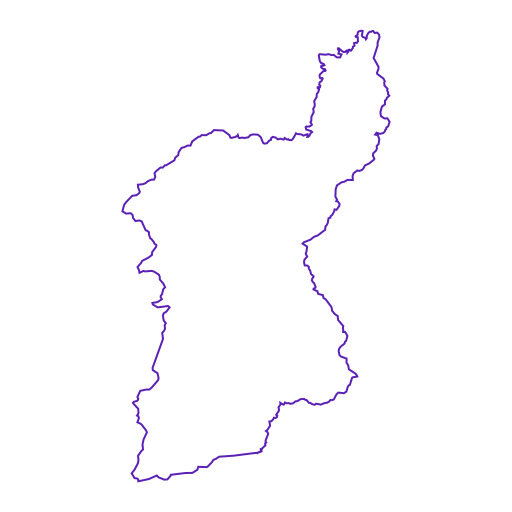 the district of Ngoc Hoi, Kon Tum, Vietnam
{"feature_id": "81297802B1803091954954", "entity_name": "Ngoc Hoi", "entity_type": "district", "adm_level": 2, "iso_a3": "VNM", "parent_name": "Vietnam", "parent_adm1": "Kon Tum", "projection": "mercator", "projection_center": [107.691, 14.739], "detail": "fine", "context": "isolated", "style": "outline", "palette": "violet", "viewbox_px": 512, "rotation_deg": 0, "n_neighbors": 0, "source": "geoboundaries", "source_scale": "gbopen_adm2", "svg_char_len": 6021}
<svg xmlns="http://www.w3.org/2000/svg" viewBox="0 0 512 512"><path d="M200.0,136.6L198.6,136.7L192.2,141.4L190.5,145.6L187.3,145.6L184.8,147.0L181.5,147.9L178.7,152.1L178.2,155.2L175.3,157.6L174.4,160.3L166.3,165.2L164.8,165.4L162.7,167.6L160.5,167.5L156.0,171.3L154.5,173.2L155.3,176.8L154.1,179.6L151.2,179.7L147.9,181.2L145.5,183.2L142.8,184.2L137.9,184.7L138.0,187.0L139.8,191.7L139.3,193.0L136.5,195.2L132.2,195.8L126.4,201.8L124.2,204.7L122.4,211.3L126.2,213.6L130.7,213.2L132.6,215.1L133.1,218.0L135.4,221.0L139.3,220.5L141.6,221.3L145.7,230.3L147.1,230.7L149.0,232.3L148.9,234.5L150.4,238.5L151.3,238.9L153.6,241.8L154.4,243.6L156.2,244.9L156.4,245.9L155.7,247.4L152.2,252.0L151.9,255.0L148.5,257.6L142.1,260.9L141.0,263.0L137.5,267.1L139.0,270.0L139.5,272.8L143.3,271.0L145.1,271.4L151.8,270.9L154.2,271.7L158.9,274.7L159.7,276.7L159.8,279.5L163.4,283.7L165.1,287.3L163.3,289.1L162.0,294.2L160.7,296.0L160.7,297.3L161.9,299.2L157.5,302.1L152.4,302.9L152.6,303.9L153.1,304.7L157.8,307.4L168.1,306.0L169.6,307.4L166.3,311.7L163.8,313.2L162.9,315.3L163.7,320.5L165.8,323.2L164.7,325.0L165.0,328.7L164.0,330.9L162.2,332.9L163.0,338.9L152.6,367.8L152.8,370.1L157.5,373.2L158.6,378.3L158.1,380.1L151.8,387.5L149.3,389.6L146.5,389.5L140.3,390.8L137.4,396.9L138.3,398.6L138.0,399.9L136.8,401.0L133.9,401.8L133.0,402.7L133.3,403.5L138.2,408.7L138.5,413.2L137.0,415.6L138.5,416.3L138.8,418.5L137.4,422.3L140.3,423.5L141.7,424.7L146.2,430.6L146.9,432.4L143.6,439.4L142.5,444.5L143.0,449.5L141.2,451.2L138.0,455.9L138.5,460.1L137.9,463.3L134.6,469.6L131.7,473.3L134.5,478.1L137.2,478.5L138.2,479.4L138.3,481.3L149.0,479.0L156.8,475.5L158.5,477.3L164.1,479.6L167.4,479.4L170.3,476.2L170.8,474.8L185.5,473.0L192.4,472.9L197.4,469.7L198.3,466.8L206.7,467.1L207.7,466.6L211.8,462.3L213.4,459.8L215.7,459.0L219.1,456.7L233.6,455.7L256.5,452.8L257.6,453.2L258.4,452.2L260.3,452.0L261.5,451.2L260.7,450.3L260.8,449.1L261.8,449.3L262.4,448.1L265.4,445.4L265.1,443.6L266.2,442.5L265.6,441.9L265.6,440.5L268.2,433.8L267.5,432.2L266.0,431.0L267.1,430.3L270.1,425.8L269.4,421.5L271.4,421.2L273.2,419.3L273.9,417.7L275.7,418.0L277.0,417.0L277.3,415.7L276.2,414.8L278.8,410.9L279.0,409.4L278.5,407.3L280.5,404.5L280.3,402.8L283.4,404.7L284.1,404.4L284.9,402.5L287.1,403.3L288.9,403.1L290.2,403.8L293.1,403.3L295.3,401.4L297.4,401.1L300.6,399.1L304.3,399.0L305.2,399.8L306.6,400.1L308.9,402.8L310.3,402.9L312.0,404.1L314.7,404.8L316.2,403.7L320.8,404.6L324.2,403.2L327.1,402.7L329.1,401.6L330.4,400.0L332.3,400.1L333.8,399.4L336.5,394.3L338.3,392.6L343.9,393.2L346.4,391.6L347.8,386.7L348.8,385.3L349.9,384.9L352.0,377.9L352.8,377.3L357.3,376.5L356.5,374.8L355.0,373.3L348.9,369.3L348.2,365.4L346.5,362.6L346.6,358.6L341.1,356.6L339.5,355.1L338.7,351.5L338.9,349.2L340.5,346.8L344.6,343.5L344.9,341.9L346.2,340.7L347.4,335.8L345.1,331.9L343.1,332.0L343.3,329.7L342.8,328.2L343.3,326.1L338.1,320.0L337.7,316.0L334.8,314.1L332.1,310.7L331.5,307.1L325.6,299.2L323.5,298.0L322.9,295.1L318.2,293.9L317.4,291.2L313.5,289.5L313.6,288.7L315.5,287.6L315.6,287.0L314.2,283.3L312.6,281.8L311.8,280.1L312.5,278.1L313.5,277.0L313.5,276.1L311.1,274.2L310.2,270.8L308.8,268.6L308.8,266.8L307.5,265.6L304.7,265.4L304.0,262.0L304.5,259.6L307.2,256.6L305.7,253.7L306.5,251.4L307.1,246.5L302.6,243.7L303.8,242.3L310.6,239.6L313.9,236.9L317.7,235.5L325.1,229.8L325.5,226.3L326.6,225.3L327.8,222.8L328.5,218.3L330.3,217.7L330.5,216.3L332.3,214.9L334.2,211.3L334.6,209.4L336.5,209.8L339.2,206.1L339.6,203.9L337.7,201.4L336.3,201.2L337.0,199.6L335.4,196.7L335.7,189.2L337.0,185.3L341.6,182.3L344.1,181.8L347.5,179.9L352.8,180.0L352.6,176.0L353.6,173.3L357.2,170.5L359.6,170.9L362.0,169.9L363.2,168.7L365.1,165.3L368.8,163.7L373.9,159.7L374.4,158.8L372.9,155.5L373.2,153.3L375.9,150.8L376.9,148.8L376.7,146.0L378.6,144.0L379.3,139.1L377.8,135.1L375.2,134.6L376.6,132.7L380.1,133.9L383.3,133.0L384.7,131.6L385.4,129.6L386.3,129.0L386.3,127.6L388.2,126.3L389.6,121.8L387.3,118.3L384.5,118.5L380.9,116.1L380.4,112.0L382.0,106.5L384.9,104.4L385.0,100.7L386.7,98.8L386.8,97.9L389.3,95.7L387.9,94.1L388.2,92.5L387.2,90.8L387.5,88.7L384.5,85.6L384.2,82.7L384.8,81.3L383.5,78.6L377.2,73.9L377.0,72.7L378.5,68.9L378.5,66.8L373.6,58.0L377.6,45.6L377.6,42.6L379.5,37.2L379.0,34.6L377.2,32.6L374.7,33.0L373.2,31.0L372.2,31.1L371.3,31.8L369.7,31.8L368.4,32.9L366.8,35.8L366.7,38.2L365.9,39.3L365.2,37.8L362.8,37.0L361.9,35.6L362.7,31.0L361.6,30.7L358.8,31.4L357.8,32.3L357.6,34.7L355.6,36.3L356.1,37.0L357.7,37.2L358.0,41.2L356.9,42.9L356.0,42.6L354.1,43.1L354.5,45.8L352.9,46.7L352.9,48.0L350.9,50.7L350.4,50.7L349.5,49.7L348.8,49.8L348.2,51.9L347.4,52.8L347.3,50.5L346.5,50.5L345.1,51.9L343.7,52.0L342.1,51.2L338.9,48.3L337.9,48.4L337.9,49.3L339.1,51.1L338.4,53.7L341.5,54.4L340.1,57.4L336.9,57.4L333.7,54.9L331.7,55.1L328.7,54.2L325.4,54.7L319.7,54.2L319.1,54.6L318.8,55.7L319.8,61.0L321.1,63.0L323.7,64.0L324.4,65.2L323.1,65.8L321.8,65.7L321.1,66.2L321.2,67.4L323.0,68.9L325.0,69.2L325.6,70.5L325.2,71.0L323.4,71.1L319.7,74.7L319.6,76.8L320.3,78.3L322.4,78.1L322.7,78.5L321.5,81.1L319.6,82.4L319.2,84.7L320.3,85.7L320.0,87.1L319.1,88.2L318.1,87.0L317.6,87.3L317.7,88.2L319.0,89.2L319.0,89.8L318.1,92.4L316.8,93.9L316.6,97.2L314.2,101.0L314.8,104.9L314.4,106.9L313.2,108.8L313.7,112.2L311.4,116.8L311.3,121.0L310.4,122.2L311.7,124.1L311.8,125.0L309.5,126.5L306.3,126.5L305.6,127.2L306.2,129.5L311.4,131.2L312.1,132.1L310.5,133.3L309.4,135.8L308.2,136.8L307.3,136.9L307.8,135.2L307.5,134.2L303.4,135.6L301.1,134.3L297.5,134.1L296.0,133.3L294.4,136.4L292.4,139.5L291.3,140.2L289.2,140.0L288.4,139.2L287.2,139.6L284.7,138.0L283.7,139.6L280.3,138.7L277.9,139.4L275.5,137.5L272.7,136.9L271.2,138.1L271.0,139.8L269.2,140.6L266.9,143.3L264.3,143.6L263.1,142.9L260.7,137.1L257.9,134.7L253.4,134.4L250.5,135.0L248.3,137.3L244.3,138.0L242.7,137.6L239.2,138.0L238.5,137.4L237.8,135.0L237.3,135.8L235.0,137.1L231.2,137.9L230.3,137.5L229.5,135.2L223.2,130.5L213.9,130.1L211.1,133.0L209.2,133.4L206.2,135.2L201.7,135.1L200.0,136.6Z" fill="none" stroke="#5b21b6" stroke-width="2"/></svg>